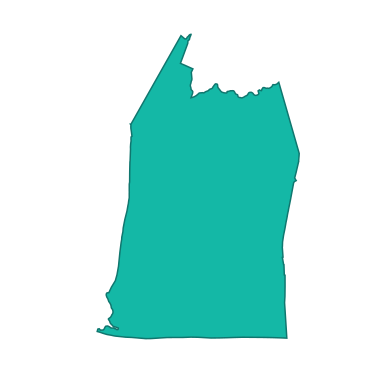 outline of Santo Domingo Armenta, Oaxaca, Mexico, rotated 353°
{"feature_id": "50627088B1685589835575", "entity_name": "Santo Domingo Armenta", "entity_type": "district", "adm_level": 2, "iso_a3": "MEX", "parent_name": "Mexico", "parent_adm1": "Oaxaca", "projection": "orthographic", "projection_center": [-98.373, 16.341], "detail": "fine", "context": "isolated", "style": "filled", "palette": "teal", "viewbox_px": 384, "rotation_deg": 353, "n_neighbors": 0, "source": "geoboundaries", "source_scale": "gbopen_adm2", "svg_char_len": 4093}
<svg xmlns="http://www.w3.org/2000/svg" viewBox="0 0 384 384"><g transform="rotate(353 192 192)"><path d="M139.1,117.1L139.5,118.0L139.5,118.5L139.3,119.4L139.2,120.3L139.1,121.5L139.2,125.0L139.2,129.0L139.2,129.4L138.3,129.9L138.2,130.0L138.0,131.4L137.9,132.2L137.8,132.9L137.8,133.2L137.8,133.7L137.0,136.7L136.4,139.8L136.3,140.9L136.2,142.0L134.3,153.9L134.1,154.4L132.6,164.6L131.3,174.5L130.7,176.5L129.8,183.6L129.8,184.1L129.5,186.0L129.0,190.1L128.1,193.0L127.3,196.2L126.9,197.2L125.1,203.1L122.0,211.1L119.3,219.4L118.6,222.9L117.5,226.2L116.8,228.3L116.4,230.6L115.5,233.5L113.1,243.0L109.9,257.2L109.8,257.4L107.5,264.9L105.1,270.7L100.7,276.3L100.5,276.5L97.2,281.8L96.3,281.7L95.1,281.9L94.8,282.3L94.5,282.8L94.3,283.8L94.5,285.2L94.6,285.8L95.4,287.6L95.7,288.9L96.1,290.8L96.6,291.4L96.8,291.9L97.2,292.9L97.6,293.9L97.8,295.4L97.8,296.7L97.9,297.4L98.6,298.6L98.9,299.4L99.0,300.6L99.0,301.5L98.6,302.7L98.0,303.6L97.4,304.2L97.0,304.9L96.5,305.7L95.8,306.4L94.7,307.1L94.0,307.4L93.5,307.9L93.9,309.0L94.4,309.9L94.6,310.6L94.7,311.1L94.8,311.8L95.1,312.5L95.4,312.9L95.9,313.7L96.5,314.3L96.9,315.0L97.3,315.6L97.8,316.0L98.4,316.1L99.2,316.6L99.8,316.8L100.3,317.0L100.9,317.3L101.4,317.6L102.0,317.8L102.3,318.2L102.1,319.0L101.7,319.5L100.8,319.5L100.3,319.3L100.1,319.1L99.6,318.5L98.7,318.3L98.0,317.7L97.4,317.5L96.2,317.3L95.5,317.2L94.9,317.0L94.2,316.4L93.9,315.9L93.0,315.4L92.7,315.1L91.8,314.7L90.8,314.7L90.1,314.7L89.4,315.3L88.5,316.6L87.9,317.5L87.4,318.0L86.4,318.1L85.7,318.1L84.2,317.9L83.9,317.4L83.6,316.9L83.2,316.4L81.8,316.6L80.9,318.9L83.4,319.9L86.4,321.4L90.3,323.1L94.3,324.3L96.5,325.1L98.1,325.6L108.5,328.0L113.9,328.9L118.3,329.8L128.2,331.9L133.8,332.5L143.0,333.0L149.5,333.4L156.5,334.2L164.6,335.2L173.1,335.9L180.2,336.9L193.5,339.3L201.9,340.2L209.2,340.9L215.9,341.5L224.4,342.3L235.1,343.7L245.6,345.1L254.0,346.3L262.4,347.6L268.3,348.6L270.4,313.1L271.5,307.1L272.9,296.7L274.2,285.9L273.5,285.6L274.4,275.4L274.1,275.3L273.7,267.9L274.4,267.8L274.9,257.7L275.1,257.1L275.8,252.6L277.7,245.8L279.6,240.2L280.8,236.3L281.7,233.3L282.7,230.4L283.5,227.9L284.2,225.5L285.1,222.9L285.5,221.8L285.5,221.6L289.0,211.1L289.3,210.1L294.1,195.0L295.2,194.0L296.8,193.4L296.7,193.2L295.6,190.6L296.0,189.6L297.7,185.3L301.7,174.4L301.6,174.2L302.6,169.5L303.1,166.8L295.2,116.9L291.5,93.7L289.2,95.3L288.3,95.5L287.2,95.6L286.2,95.5L285.6,95.3L285.1,95.6L284.6,96.5L284.0,97.2L283.0,97.7L282.0,98.2L281.0,98.5L279.4,98.1L278.1,98.1L277.0,97.4L276.2,97.1L275.2,97.1L274.7,97.7L274.0,98.4L273.4,99.7L273.1,99.9L271.9,99.3L271.3,98.9L269.9,99.7L270.1,100.7L270.3,102.6L269.6,103.3L268.8,103.7L268.0,103.8L267.0,103.9L266.1,103.6L265.3,102.9L265.0,102.6L264.9,102.1L264.4,101.4L263.7,100.7L262.8,100.2L261.7,100.2L261.1,100.2L260.3,100.6L258.8,102.5L257.8,103.0L257.2,103.2L256.5,103.4L255.8,103.8L254.8,104.2L253.8,104.5L253.3,104.7L252.5,104.6L251.6,104.2L250.6,104.0L249.7,103.5L249.3,103.0L249.2,102.6L249.2,101.5L249.0,101.0L247.3,100.0L246.9,99.2L246.5,98.0L245.8,96.8L245.5,96.6L244.6,96.4L243.1,96.3L242.7,96.2L240.8,96.5L240.0,96.6L239.4,96.5L239.1,96.6L238.9,97.4L238.6,97.8L238.0,97.9L236.9,97.7L235.7,97.4L234.7,96.9L233.6,96.4L232.9,95.5L232.3,94.6L232.1,94.1L231.6,93.3L231.2,92.7L230.9,92.1L230.4,91.4L230.4,90.5L230.4,89.6L230.4,88.5L230.1,88.0L229.0,87.6L228.3,87.6L227.2,88.6L226.2,89.7L225.6,90.3L225.1,91.2L224.3,91.7L223.1,92.0L221.8,92.3L220.7,93.3L219.6,93.7L218.5,93.9L217.3,94.3L215.8,95.1L214.6,94.7L213.4,94.7L211.8,94.6L210.9,94.8L210.1,95.5L209.1,96.0L208.5,96.6L206.9,97.3L205.6,97.8L204.6,98.0L203.7,98.2L202.5,98.3L204.6,94.2L205.0,92.6L204.7,91.7L204.0,90.8L203.6,90.1L203.6,89.1L203.5,87.7L203.3,87.0L203.3,86.1L203.6,85.0L204.1,84.0L204.5,82.8L204.9,81.6L205.2,81.4L205.7,79.9L205.9,73.1L207.9,69.9L196.2,62.9L205.9,44.0L206.4,41.4L207.3,41.0L208.2,40.0L208.5,38.8L210.0,36.1L209.7,36.1L209.9,35.4L209.2,35.5L208.3,36.0L207.8,36.5L207.1,37.2L206.2,37.7L205.5,38.7L205.0,39.2L204.2,39.3L203.5,39.1L200.1,35.5L178.5,64.7L139.8,117.1L139.1,117.1Z" fill="#14b8a6" stroke="#0f766e" stroke-width="1.5"/></g></svg>